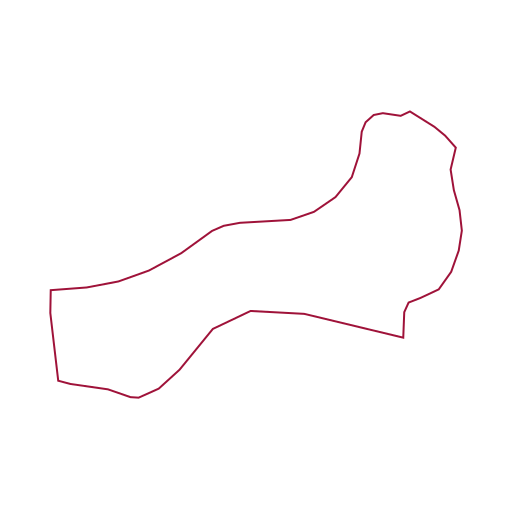 the border of Mountain Province, rotated 173°
{"feature_id": "PHL-2552", "entity_name": "Mountain Province", "entity_type": "Province", "adm_level": 1, "iso_a3": "PHL", "parent_name": "Philippines", "parent_adm1": "", "projection": "orthographic", "projection_center": [121.106, 17.071], "detail": "fine", "context": "isolated", "style": "outline", "palette": "rose", "viewbox_px": 512, "rotation_deg": 173, "n_neighbors": 0, "source": "natural_earth", "source_scale": "10m", "svg_char_len": 693}
<svg xmlns="http://www.w3.org/2000/svg" viewBox="0 0 512 512"><g transform="rotate(173 256 256)"><path d="M467.5,156.3L467.1,224.5L463.9,247.1L427.9,245.4L395.7,247.5L364.1,254.6L329.9,267.9L296.5,286.3L284.4,289.9L267.9,290.9L217.3,287.6L193.0,292.8L169.9,304.8L151.3,322.6L140.8,345.1L135.9,366.5L130.9,375.4L122.0,381.6L112.7,382.3L95.3,377.5L85.6,380.7L63.1,362.4L53.6,352.4L44.5,339.2L52.3,318.1L51.6,297.3L48.4,276.7L48.6,256.1L54.1,236.7L64.2,216.5L78.7,200.6L98.0,194.3L110.2,191.2L115.7,182.2L119.8,157.0L215.2,192.7L268.1,202.1L307.7,188.9L345.8,152.4L368.7,136.2L389.8,129.7L397.8,131.2L419.2,141.7L455.8,151.6L467.5,156.3Z" fill="none" stroke="#9f1239" stroke-width="2"/></g></svg>